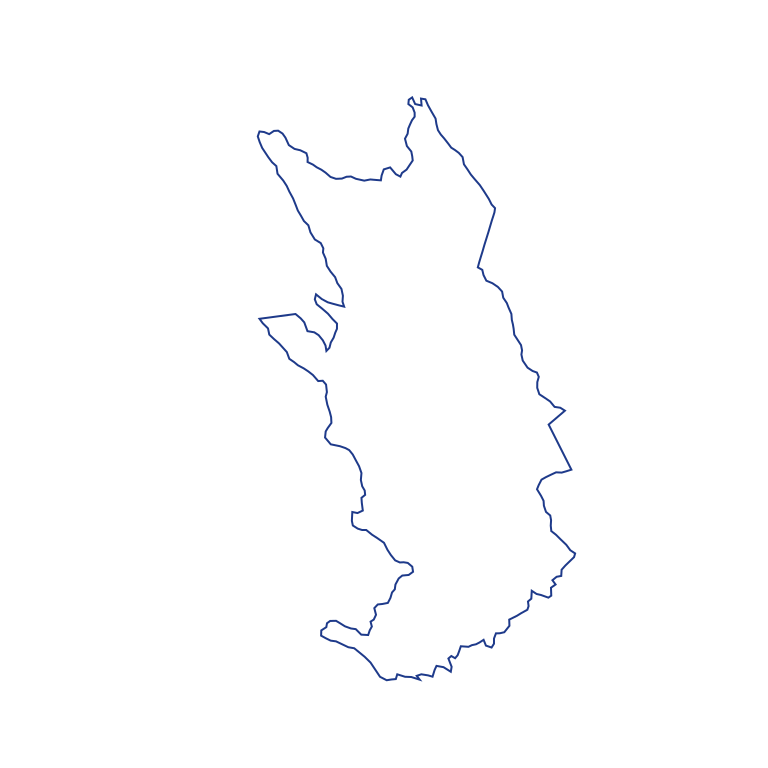 Maiquinique, Bahia, Brazil (Equal Earth projection), rotated 327°
{"feature_id": "56859067B35970304488372", "entity_name": "Maiquinique", "entity_type": "district", "adm_level": 2, "iso_a3": "BRA", "parent_name": "Brazil", "parent_adm1": "Bahia", "projection": "equal_earth", "projection_center": [-40.278, -15.65], "detail": "fine", "context": "isolated", "style": "outline", "palette": "blue", "viewbox_px": 768, "rotation_deg": 327, "n_neighbors": 0, "source": "geoboundaries", "source_scale": "gbopen_adm2", "svg_char_len": 4306}
<svg xmlns="http://www.w3.org/2000/svg" viewBox="0 0 768 768"><g transform="rotate(327 384 384)"><path d="M570.5,164.8L567.2,170.9L562.6,166.2L563.7,159.0L559.6,159.1L556.9,162.5L558.7,167.6L557.5,173.1L555.3,176.5L551.2,178.0L547.2,180.5L543.5,183.0L540.1,187.0L535.2,189.7L532.8,196.9L533.5,203.9L531.7,208.4L529.8,212.2L525.5,214.0L519.7,216.5L514.0,216.8L510.7,219.0L508.2,214.5L507.1,205.7L500.7,203.9L495.5,207.9L492.3,211.5L488.9,208.9L483.9,205.0L478.2,202.7L472.2,196.6L469.3,192.0L465.5,189.8L460.6,188.8L455.5,185.8L451.9,181.2L450.1,174.9L448.2,170.2L445.6,165.6L443.9,161.3L440.8,156.2L443.2,152.7L444.6,148.2L441.1,142.4L437.0,138.1L434.3,131.8L435.5,123.7L435.3,118.7L433.2,113.9L429.5,111.8L423.8,111.9L420.7,107.4L417.1,104.4L413.0,107.6L411.5,113.4L410.4,119.7L410.5,130.8L410.9,137.1L412.4,142.6L409.2,149.7L410.3,158.5L410.3,164.9L409.4,171.1L408.8,178.9L407.4,186.0L406.2,191.6L406.0,197.6L405.6,203.7L407.0,209.7L404.9,216.8L404.7,225.1L407.7,231.4L407.0,237.2L404.4,240.5L403.3,247.2L400.4,253.8L400.4,260.7L401.2,267.8L399.8,274.0L400.1,281.1L397.6,287.6L394.0,292.4L392.7,297.4L389.2,293.7L384.6,288.6L381.3,284.8L378.1,278.9L375.8,271.8L372.1,275.3L371.0,280.5L373.0,286.6L375.3,294.5L376.2,301.5L377.5,307.7L374.6,312.1L371.1,314.4L367.0,317.7L362.0,320.2L358.0,323.9L353.7,324.9L355.9,319.9L356.5,314.1L355.8,307.5L353.7,302.7L348.6,298.0L350.7,288.9L349.9,283.6L347.9,277.1L315.1,261.5L315.4,267.0L317.0,274.2L314.7,280.1L316.2,286.3L318.1,292.9L319.9,304.3L318.3,311.3L320.5,316.6L322.0,321.4L325.2,327.2L327.4,332.3L329.3,337.8L330.4,345.7L334.4,347.9L335.1,352.9L331.7,359.7L328.2,362.9L325.2,370.5L323.4,377.6L321.6,383.0L318.7,388.0L312.8,390.3L309.3,392.0L305.4,396.8L306.5,405.6L313.2,412.2L316.8,416.8L318.8,420.5L319.4,426.1L318.8,432.9L318.3,439.4L316.6,446.4L312.3,451.9L310.0,458.0L309.8,462.8L307.8,466.7L303.1,467.2L300.6,471.7L297.3,478.6L291.5,477.8L287.7,474.1L282.5,481.3L280.8,485.7L283.2,491.0L286.0,494.4L289.6,496.8L291.9,503.9L294.5,509.7L297.5,517.2L296.6,524.9L296.6,531.1L297.3,538.0L300.1,542.3L303.4,544.2L306.5,547.0L308.2,552.6L306.1,557.3L300.7,557.6L295.0,554.6L290.4,555.1L284.4,558.4L281.2,562.1L277.2,563.2L272.9,566.9L268.0,569.7L262.8,567.6L258.7,565.5L253.8,566.7L251.6,573.2L247.1,576.0L243.3,576.0L241.7,580.8L237.9,582.8L234.0,585.9L228.4,581.8L226.8,574.2L223.1,571.0L219.3,566.0L216.7,560.4L214.8,556.5L209.8,553.4L205.9,553.6L203.2,556.5L197.2,556.5L194.2,560.8L196.7,565.5L199.5,570.2L203.6,573.7L210.7,585.3L215.1,589.4L219.2,602.2L221.0,610.3L221.2,627.4L224.9,633.9L229.2,635.8L233.2,637.9L237.0,634.7L242.2,641.0L247.3,644.6L252.9,651.4L252.5,646.6L257.2,647.8L262.3,652.4L265.3,655.9L270.7,651.4L274.5,649.0L279.7,653.9L283.3,661.7L286.7,658.0L288.5,649.3L292.3,648.8L294.3,652.7L298.0,651.6L301.4,649.1L305.6,645.8L311.7,650.4L315.5,650.9L319.4,652.4L323.4,652.8L328.2,652.8L327.0,658.9L330.7,663.6L334.8,661.7L337.6,657.4L342.1,654.1L345.3,656.1L349.7,657.7L357.5,655.1L360.7,649.8L369.2,650.8L374.0,650.9L381.3,651.4L384.3,649.0L386.3,644.8L390.6,644.3L395.3,637.9L397.6,643.2L400.7,646.4L405.5,652.7L409.0,652.6L413.1,645.8L418.7,645.6L418.4,640.3L423.8,639.7L428.1,641.5L431.8,636.5L437.3,635.0L449.1,632.7L452.0,630.2L449.7,624.9L449.3,618.1L447.5,610.5L446.1,604.0L444.2,598.5L446.7,593.6L449.9,589.3L451.8,584.8L450.2,579.5L451.8,573.2L454.2,568.9L454.8,563.4L455.0,555.6L458.6,553.1L464.0,550.0L469.0,550.3L474.6,551.0L480.2,551.8L484.8,555.1L489.8,556.6L494.5,557.9L500.0,507.7L521.2,504.9L518.9,499.9L514.6,496.1L513.8,489.1L511.5,483.6L508.7,477.2L510.4,470.7L513.6,465.9L517.7,462.3L518.5,457.7L515.7,454.0L513.3,448.5L513.1,439.9L515.3,434.1L518.1,431.0L520.1,426.0L520.1,419.9L520.1,413.6L522.8,408.3L524.5,404.4L526.1,399.9L529.0,394.6L530.1,387.7L531.1,383.0L531.0,376.6L533.4,370.8L532.4,364.7L529.8,358.5L526.1,353.1L526.8,346.8L528.6,341.8L526.2,337.3L530.1,333.8L534.0,330.5L538.8,326.5L544.0,322.0L549.2,317.7L554.5,313.3L559.4,309.1L563.5,305.6L567.1,302.7L570.1,300.2L572.9,297.0L572.0,292.1L572.7,285.9L572.8,276.5L572.7,269.4L571.6,261.5L570.9,255.6L570.9,249.6L570.7,243.3L573.5,236.5L572.6,230.9L570.9,226.3L569.1,222.4L568.8,217.5L568.2,210.7L567.5,205.7L567.5,200.5L569.5,194.6L571.8,189.5L572.2,181.5L572.7,174.1L573.8,167.8L570.5,164.8Z" fill="none" stroke="#1e3a8a" stroke-width="2"/></g></svg>